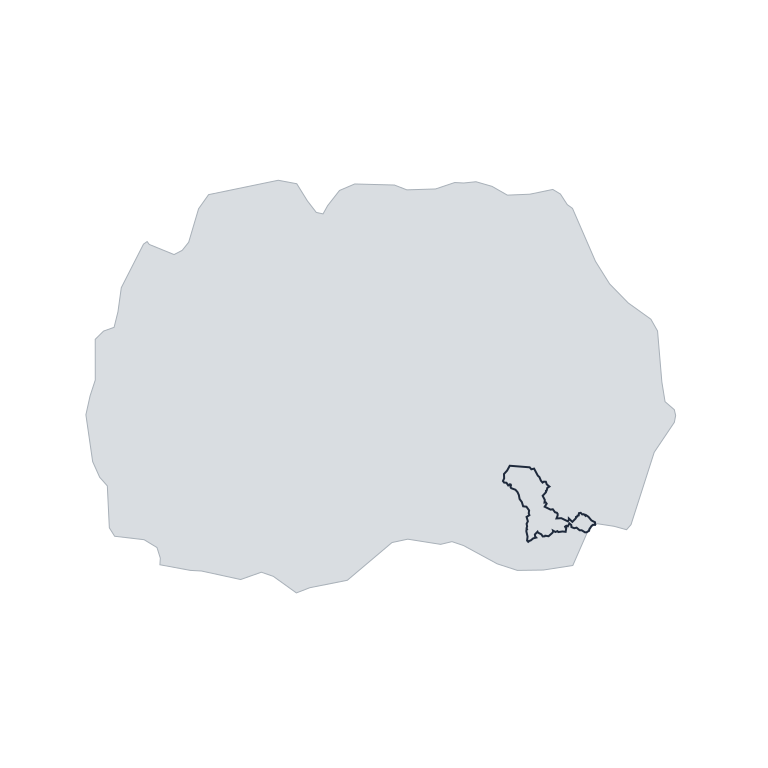 location of Valandovo, Valandovo, North Macedonia, rotated 14°
{"feature_id": "65306769B91068225618475", "entity_name": "Valandovo", "entity_type": "district", "adm_level": 2, "iso_a3": "MKD", "parent_name": "North Macedonia", "parent_adm1": "Valandovo", "projection": "mercator", "projection_center": [22.574, 41.338], "detail": "fine", "context": "in_parent", "style": "outline", "palette": "slate", "viewbox_px": 768, "rotation_deg": 14, "n_neighbors": 0, "source": "geoboundaries", "source_scale": "gbopen_adm2", "svg_char_len": 2793}
<svg xmlns="http://www.w3.org/2000/svg" viewBox="0 0 768 768"><g transform="rotate(14 384 384)"><path d="M346.5,188.5L359.2,190.1L386.8,182.3L403.9,171.4L412.7,169.7L424.3,165.5L441.0,166.1L458.0,170.9L479.5,164.6L500.7,154.4L509.2,157.0L518.4,165.6L524.4,168.0L559.5,213.8L578.7,232.3L601.4,246.3L627.3,256.6L636.6,266.4L653.1,314.8L661.0,333.2L671.9,338.7L674.6,344.0L675.0,350.9L662.7,384.9L657.7,460.7L654.6,466.7L641.7,466.4L624.5,468.0L618.0,473.8L611.1,514.4L583.5,526.0L558.5,532.6L537.3,531.1L500.2,521.5L488.1,520.5L477.7,525.9L444.6,528.8L430.1,535.9L395.9,583.3L361.3,599.6L349.5,607.9L323.1,597.4L310.5,596.3L292.2,608.4L252.1,609.6L241.2,611.7L210.3,613.6L209.1,607.1L203.3,597.6L188.9,593.1L159.5,596.9L152.3,590.0L140.2,549.8L130.7,543.3L120.1,529.8L102.2,486.0L101.7,466.7L102.9,450.0L93.0,410.5L99.1,400.5L108.4,394.3L108.4,378.3L105.8,354.1L116.8,306.5L119.7,303.1L122.5,305.4L149.0,309.2L155.9,303.1L160.2,293.7L161.7,258.8L168.0,242.7L232.1,211.9L250.9,210.8L265.4,224.9L276.8,233.9L283.7,233.7L286.2,224.5L294.0,207.0L307.2,197.0L346.1,188.4L346.5,188.5Z" fill="#d9dde1" stroke="#a8b0b8" stroke-width="1"/><path d="M529.9,451.8L530.1,451.0L531.1,450.8L531.7,451.4L531.6,453.2L532.6,454.3L537.1,454.8L539.7,456.6L541.7,459.1L543.4,462.8L546.3,465.2L548.6,469.0L551.9,468.6L555.4,471.6L555.7,474.4L556.8,476.1L554.5,478.5L556.8,482.4L556.2,485.2L557.3,487.5L557.2,489.5L558.0,490.4L557.5,491.1L557.8,492.6L560.2,497.3L560.7,501.3L562.9,502.8L562.1,502.1L562.4,501.4L564.2,500.3L566.1,497.7L568.8,496.2L567.5,495.3L566.8,493.5L568.7,490.2L569.2,490.9L573.0,491.8L574.9,493.5L576.8,492.9L577.1,492.2L580.5,491.9L583.4,487.7L583.9,486.1L583.5,485.4L586.1,486.1L587.9,484.8L589.0,485.5L592.9,483.9L596.0,483.5L595.7,479.8L595.3,478.8L594.7,479.2L594.2,478.6L595.2,477.4L596.8,477.6L597.6,474.4L599.8,475.5L600.5,477.5L603.5,477.9L605.6,476.8L609.2,478.6L611.2,478.1L614.9,479.3L616.4,478.9L618.5,476.8L618.4,475.5L618.7,474.4L618.9,474.0L619.4,472.4L619.6,471.8L619.7,471.5L620.0,471.1L620.7,470.3L620.9,470.0L622.9,469.6L623.7,469.6L622.9,469.3L622.2,467.1L618.3,466.2L614.5,463.4L611.6,462.3L611.4,463.1L609.3,462.0L607.9,462.6L606.0,461.4L604.4,462.2L604.7,464.4L603.6,464.9L603.6,465.9L602.5,466.5L602.6,468.0L600.1,472.2L595.9,469.8L596.2,471.0L595.7,472.8L588.5,471.3L583.9,472.7L584.3,469.7L583.9,468.0L582.9,467.1L581.0,467.1L578.1,464.7L576.0,465.6L569.6,464.2L570.8,460.8L569.5,459.7L568.4,460.2L568.1,457.6L565.0,454.1L567.3,449.9L567.0,448.5L567.6,448.1L567.6,445.3L569.3,443.5L566.2,442.0L564.7,439.7L562.7,440.1L561.7,441.3L559.6,439.8L557.3,436.7L555.4,435.7L550.1,429.8L547.6,431.1L545.5,429.6L525.8,432.9L524.4,438.2L522.2,442.3L523.4,446.5L522.9,449.4L524.4,450.6L526.7,450.2L529.1,452.4L529.9,451.8Z" fill="none" stroke="#1e293b" stroke-width="2"/></g></svg>